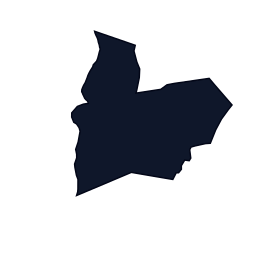 Tourat/Soucis, Anse-la-Raye, Saint Lucia, rotated 31°
{"feature_id": "8701671B19273401931572", "entity_name": "Tourat/Soucis", "entity_type": "district", "adm_level": 2, "iso_a3": "LCA", "parent_name": "Saint Lucia", "parent_adm1": "Anse-la-Raye", "projection": "equal_earth", "projection_center": [-60.999, 13.973], "detail": "fine", "context": "isolated", "style": "filled", "palette": "ink", "viewbox_px": 256, "rotation_deg": 31, "n_neighbors": 0, "source": "geoboundaries", "source_scale": "gbopen_adm2", "svg_char_len": 1128}
<svg xmlns="http://www.w3.org/2000/svg" viewBox="0 0 256 256"><g transform="rotate(31 128 128)"><path d="M172.0,43.7L144.8,65.9L139.2,70.9L136.2,78.0L116.9,94.0L115.8,90.5L111.7,79.0L107.6,71.4L101.6,66.9L93.4,58.9L91.6,53.4L49.6,62.3L50.9,63.6L53.1,65.2L55.0,66.4L56.6,67.7L58.5,69.8L60.6,71.6L62.2,73.5L63.2,74.3L63.7,75.1L64.0,76.3L64.3,77.6L65.2,80.5L66.2,83.9L66.7,86.9L65.7,91.7L66.3,93.8L66.2,98.2L66.3,100.8L66.6,103.6L67.2,106.3L67.6,108.8L68.0,111.3L68.0,114.2L68.3,116.7L68.7,118.9L69.7,120.8L70.9,121.5L72.0,122.4L73.4,123.3L74.3,123.9L75.4,124.7L77.3,125.4L78.6,125.5L80.1,126.1L81.3,127.3L77.4,130.6L73.5,135.6L72.0,144.0L74.1,147.6L78.6,151.0L81.8,151.0L85.9,152.9L88.6,155.4L92.5,165.7L94.2,173.3L97.5,176.9L99.4,180.0L100.8,186.4L102.9,189.2L108.1,195.0L111.6,197.8L116.6,206.2L117.8,208.7L118.7,212.3L153.7,164.3L177.6,155.0L192.9,149.0L192.4,141.6L194.4,140.3L195.0,135.9L193.1,132.8L193.1,126.3L197.3,124.5L197.3,121.5L192.1,114.9L191.8,111.9L194.7,108.8L202.5,101.4L206.4,98.7L204.1,84.3L203.5,72.1L204.5,60.7L205.3,54.7L179.9,46.4L172.0,43.7Z" fill="#0f172a" stroke="#020617" stroke-width="1.5"/></g></svg>